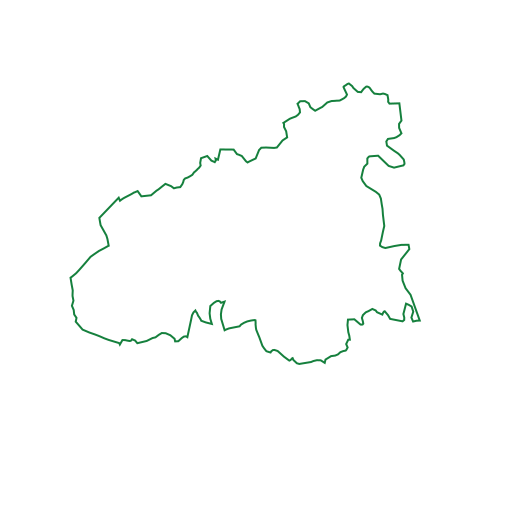 Sinbillawin, Ad Daqahliyah, Egypt, rotated 157°
{"feature_id": "37247803B43017025732324", "entity_name": "Sinbillawin", "entity_type": "district", "adm_level": 2, "iso_a3": "EGY", "parent_name": "Egypt", "parent_adm1": "Ad Daqahliyah", "projection": "natural_earth1", "projection_center": [31.475, 30.883], "detail": "fine", "context": "isolated", "style": "outline", "palette": "green", "viewbox_px": 512, "rotation_deg": 157, "n_neighbors": 0, "source": "geoboundaries", "source_scale": "gbopen_adm2", "svg_char_len": 5208}
<svg xmlns="http://www.w3.org/2000/svg" viewBox="0 0 512 512"><g transform="rotate(157 256 256)"><path d="M64.4,340.5L73.6,344.1L74.1,346.3L73.1,348.4L72.6,350.5L72.1,352.7L74.1,354.8L75.6,355.9L78.6,356.4L81.6,358.1L83.6,359.2L84.6,361.8L85.1,363.7L85.6,366.1L86.1,367.2L87.1,368.3L88.1,368.8L88.6,368.8L90.1,368.3L91.6,367.8L93.6,366.7L95.2,365.7L98.2,367.3L100.7,372.6L101.1,374.8L103.1,378.5L104.6,378.6L107.2,378.0L108.2,378.0L109.4,377.4L109.4,374.8L109.2,370.0L109.2,369.0L110.9,367.6L112.2,367.2L113.0,366.9L115.7,366.6L118.2,366.4L119.7,366.9L120.6,367.3L122.8,368.0L125.8,369.1L126.7,369.2L129.7,369.4L130.3,369.5L136.8,367.3L138.5,367.2L144.8,366.6L146.4,369.2L147.8,371.7L147.8,373.6L147.8,375.9L150.4,379.4L150.8,379.6L152.9,380.4L154.9,381.2L157.4,380.2L158.3,379.9L158.3,377.9L158.4,376.2L158.4,374.2L159.4,371.0L161.9,369.7L162.4,369.5L164.9,368.9L169.4,369.1L171.3,369.1L178.8,367.8L178.6,366.9L178.7,366.3L179.8,363.8L179.5,359.0L181.0,353.0L183.8,352.5L186.4,352.0L194.4,347.7L195.9,348.1L197.1,348.4L204.3,351.9L208.8,353.6L211.1,352.6L211.7,352.4L213.3,350.8L216.4,347.7L218.2,345.9L221.2,345.8L225.5,345.6L227.2,345.4L228.2,347.1L230.0,353.6L232.4,356.1L232.9,356.5L233.7,357.2L235.0,362.7L247.2,368.0L253.4,359.5L254.4,360.6L255.2,361.5L255.6,359.7L257.3,358.5L257.8,359.1L259.8,361.2L261.8,367.1L268.4,367.5L269.3,366.1L271.0,363.5L271.4,361.9L271.6,360.9L273.0,360.0L274.1,359.4L275.9,358.8L276.4,358.5L278.9,357.6L280.0,357.3L280.4,357.2L281.0,356.8L282.9,355.6L285.4,355.2L287.4,355.0L288.3,354.9L289.5,355.0L290.9,355.1L292.7,354.3L293.2,353.7L294.1,352.5L295.9,350.8L296.9,350.2L298.8,349.0L302.2,350.0L303.0,350.1L305.1,350.4L306.9,353.5L307.4,354.0L309.8,356.4L311.2,357.8L312.6,357.4L315.6,356.6L318.7,355.7L319.8,355.4L322.1,355.0L328.9,352.9L338.2,355.7L339.6,362.0L342.5,362.0L343.2,362.0L343.6,362.1L345.3,361.8L346.5,361.7L347.1,361.6L353.7,361.1L355.6,360.9L357.7,360.5L359.6,360.0L359.6,363.3L385.3,352.3L386.2,348.6L387.0,345.1L385.8,334.1L385.7,333.6L386.1,329.8L386.2,329.3L387.6,323.0L388.2,323.0L392.6,322.5L398.7,322.0L404.6,320.8L408.6,319.9L414.4,317.0L419.9,314.3L423.9,312.4L424.3,312.2L428.1,310.5L429.0,310.2L433.4,308.9L435.2,308.5L436.9,301.6L437.9,297.0L438.2,295.8L439.7,292.7L440.3,291.4L440.6,290.5L441.5,286.2L444.9,282.1L444.9,277.5L446.2,273.2L445.4,269.2L447.6,266.0L446.2,261.7L444.4,256.0L439.6,251.0L439.2,250.6L434.9,246.7L432.5,244.4L430.9,242.8L429.3,241.1L427.9,239.6L424.4,236.3L416.0,229.3L415.9,228.3L415.9,227.7L411.8,230.8L409.3,229.7L407.8,228.6L406.3,227.6L405.3,227.0L403.8,227.0L402.6,227.8L400.3,225.4L399.3,222.1L389.8,220.5L383.3,220.9L380.3,220.4L376.3,221.4L372.8,221.9L369.3,220.2L365.8,216.5L363.3,211.6L363.8,209.0L360.8,207.9L356.3,209.5L353.8,210.0L351.8,209.4L350.9,208.1L340.7,222.6L338.1,226.4L335.6,228.5L333.1,229.5L333.1,228.4L332.6,226.8L332.6,223.6L332.1,221.5L331.7,218.8L331.7,217.8L328.2,214.5L323.2,210.7L322.6,216.1L321.1,221.4L317.6,227.8L313.1,229.3L310.0,229.8L308.0,229.3L307.0,228.2L306.5,226.6L302.8,226.3L303.5,225.5L304.6,224.4L308.6,220.2L311.1,216.0L312.6,211.7L313.9,199.9L312.2,200.0L309.2,199.9L306.7,199.4L298.6,197.7L296.6,198.7L293.1,199.2L289.6,199.2L286.1,198.6L284.1,198.1L282.1,197.5L281.6,197.0L282.6,194.3L283.1,193.3L284.1,190.1L284.6,188.0L284.7,182.6L284.7,180.0L285.2,170.9L285.0,169.8L284.7,168.2L283.7,164.5L283.2,163.9L280.7,161.8L280.3,161.5L279.2,162.3L277.2,162.8L275.7,162.3L273.2,160.1L272.2,158.0L270.2,153.7L269.7,152.6L267.0,148.0L266.2,146.7L265.2,146.7L263.7,147.2L262.7,147.7L262.2,147.7L262.2,145.6L261.2,143.4L260.3,141.3L258.3,139.7L253.7,138.6L249.2,137.5L246.7,136.9L244.2,136.9L240.7,136.3L237.2,134.7L234.5,130.8L232.5,133.5L226.0,134.5L222.0,133.4L219.0,133.4L215.9,134.5L212.9,134.4L210.4,133.9L209.4,134.4L207.4,136.0L207.4,139.7L205.6,141.3L203.8,142.9L202.3,142.3L201.8,144.2L201.3,146.1L200.8,149.8L198.8,156.7L196.8,160.4L196.2,161.5L190.2,159.3L186.7,152.3L186.2,151.8L184.7,151.3L183.7,151.8L183.2,153.9L182.7,157.7L182.1,158.3L180.7,159.8L178.2,160.8L176.7,161.3L174.1,161.3L169.6,161.8L168.5,160.6L167.1,159.1L166.6,157.0L162.6,152.7L161.6,153.7L160.1,154.8L159.1,154.8L158.6,153.2L157.6,150.0L157.1,145.7L147.2,139.0L146.6,138.6L144.6,139.2L143.6,141.3L143.0,145.0L136.5,153.5L134.5,151.4L132.5,148.7L133.0,143.3L137.0,138.6L137.0,134.3L136.5,134.2L135.3,134.0L133.5,133.7L130.5,132.6L130.2,137.7L128.9,159.9L130.9,167.9L130.7,176.0L129.4,180.1L128.9,181.7L127.6,182.6L128.8,186.0L129.3,188.2L128.4,189.5L123.8,196.1L112.2,202.4L111.7,204.4L111.2,206.7L117.7,209.4L124.7,211.1L133.8,212.8L135.5,214.2L136.3,214.9L137.8,217.1L136.8,219.2L134.8,221.3L133.7,222.9L129.7,228.7L126.2,233.5L123.7,242.1L123.1,244.2L121.1,250.0L120.1,254.3L119.3,257.4L118.6,260.1L118.6,263.6L118.6,264.4L120.6,268.2L127.1,277.3L128.5,283.2L128.5,286.9L123.5,293.8L122.1,295.2L121.5,295.9L117.4,297.5L116.7,299.2L115.4,302.3L113.4,303.3L112.4,303.3L104.4,300.6L98.7,287.1L94.4,283.4L87.7,282.3L84.9,281.8L83.3,282.8L82.8,284.4L82.3,287.1L84.3,293.0L85.3,295.1L87.8,298.9L92.3,306.4L91.3,310.5L88.8,312.2L87.6,311.9L82.8,310.6L80.3,310.5L76.7,311.1L74.2,312.1L74.2,313.1L74.2,318.0L72.7,321.7L69.2,323.8L64.4,340.5Z" fill="none" stroke="#15803d" stroke-width="2"/></g></svg>